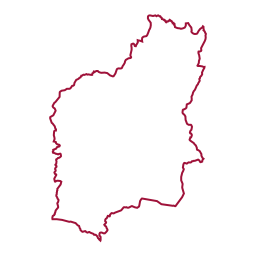 Turiscai, Manufahi, East Timor (Natural Earth projection)
{"feature_id": "22284137B60481947224566", "entity_name": "Turiscai", "entity_type": "district", "adm_level": 2, "iso_a3": "TLS", "parent_name": "East Timor", "parent_adm1": "Manufahi", "projection": "natural_earth1", "projection_center": [125.752, -8.827], "detail": "fine", "context": "isolated", "style": "outline", "palette": "rose", "viewbox_px": 256, "rotation_deg": 0, "n_neighbors": 0, "source": "geoboundaries", "source_scale": "gbopen_adm2", "svg_char_len": 5726}
<svg xmlns="http://www.w3.org/2000/svg" viewBox="0 0 256 256"><path d="M203.5,158.8L202.8,158.3L201.8,156.6L201.4,155.6L201.4,154.1L199.7,151.1L198.2,150.1L197.2,149.8L196.9,149.1L196.8,147.7L195.8,145.4L194.6,144.3L193.8,143.1L190.5,140.8L189.7,140.0L189.6,139.4L190.1,138.4L190.3,137.4L191.0,137.4L191.3,136.9L191.8,135.4L191.8,134.8L191.2,133.6L190.8,133.6L190.3,133.4L190.0,132.9L189.9,132.3L190.5,130.7L191.4,129.8L192.0,126.8L191.4,125.3L190.9,124.8L188.7,124.8L187.3,124.0L186.9,123.4L185.6,119.9L185.4,116.4L184.3,114.7L182.8,113.4L182.5,112.3L182.8,110.0L183.3,109.5L184.0,109.4L185.7,108.5L186.4,107.7L186.8,104.4L189.4,103.3L190.1,102.8L191.7,100.3L191.7,98.5L191.5,96.7L192.6,94.5L193.0,92.7L193.8,91.1L194.7,90.1L195.3,89.0L196.8,85.5L197.9,84.3L198.2,83.3L199.6,81.0L199.7,80.6L199.3,79.0L199.9,78.3L200.2,76.9L201.4,75.7L202.2,74.2L202.0,72.6L203.2,69.9L204.4,67.8L204.5,66.9L203.7,67.0L202.3,66.4L199.9,66.0L197.9,66.0L197.5,65.7L198.6,63.5L198.9,62.4L198.9,61.1L199.7,58.7L199.2,55.3L198.5,53.4L198.4,52.0L198.6,51.5L199.8,51.5L201.0,51.0L201.3,50.5L201.1,48.1L204.8,41.0L205.5,39.1L205.7,37.5L205.5,35.4L205.8,34.5L205.8,33.5L205.2,32.9L204.7,31.4L203.5,30.3L203.8,29.7L203.5,28.5L203.5,26.8L202.9,26.3L202.3,27.4L200.2,28.9L198.7,30.8L197.2,33.5L196.6,33.8L195.1,34.0L194.1,33.9L192.7,33.2L191.6,32.1L191.4,31.4L191.7,30.5L191.3,27.5L191.0,27.1L190.5,26.7L189.9,25.7L189.5,25.4L188.2,23.1L185.8,23.4L185.8,25.5L185.4,26.5L184.7,27.6L182.8,28.4L180.9,28.8L179.9,28.4L177.4,28.1L175.0,27.1L174.6,24.8L174.0,24.7L173.9,24.4L174.2,23.8L173.8,23.7L173.6,23.1L173.1,23.3L172.7,23.3L172.6,22.4L172.0,22.0L171.9,21.5L171.6,21.1L171.3,21.2L170.7,20.6L170.3,20.7L170.1,20.1L169.7,19.8L168.2,21.4L167.1,21.3L166.8,21.9L166.5,22.3L166.1,22.3L165.8,22.0L165.7,21.2L165.0,20.9L164.8,20.1L164.4,19.8L163.9,20.0L163.3,19.4L162.0,19.1L162.0,18.8L161.7,18.5L161.8,18.1L161.7,17.8L160.6,17.0L160.3,16.3L159.7,16.4L158.3,15.4L157.7,15.5L156.5,16.2L155.3,15.4L153.0,16.0L150.1,15.4L149.1,15.5L148.5,15.8L148.0,16.5L147.9,18.3L148.5,19.7L150.7,22.7L150.8,25.3L150.4,27.5L149.8,29.0L149.4,29.4L148.2,32.7L147.2,35.1L146.4,36.1L143.8,36.6L143.1,37.0L142.3,37.7L142.1,38.5L142.0,40.1L142.2,41.5L139.7,40.6L138.9,40.6L137.7,40.2L137.8,42.4L137.0,43.8L136.2,45.0L135.8,46.2L135.4,46.2L134.8,46.0L134.2,44.4L133.7,43.8L133.1,43.6L131.5,44.2L131.3,45.1L131.4,46.8L131.6,47.5L131.6,49.8L130.4,55.1L130.5,55.9L131.1,57.0L131.1,57.4L130.6,58.0L128.5,58.3L125.8,59.9L125.0,61.4L124.8,62.7L123.8,64.5L122.6,66.2L122.0,67.8L121.4,68.3L120.4,68.5L118.5,68.4L117.3,68.8L116.8,69.4L115.4,73.5L113.6,76.2L112.9,76.4L110.1,75.4L107.3,73.1L104.7,72.6L101.4,72.8L100.3,72.6L98.8,72.0L98.2,71.5L97.8,71.0L96.3,71.0L94.5,72.1L93.9,71.5L93.6,71.9L93.5,72.7L93.0,73.1L92.5,73.2L92.3,73.6L92.2,74.8L91.3,74.9L88.3,74.4L87.3,74.6L86.5,74.1L84.4,74.9L83.5,74.7L82.9,75.0L82.1,75.7L81.3,75.7L80.5,77.4L79.4,77.8L78.8,78.6L77.6,79.3L76.3,79.8L74.5,82.8L74.1,85.0L73.3,85.7L72.3,85.8L71.9,86.1L71.2,87.3L70.3,88.4L69.4,88.8L66.9,88.8L64.8,90.2L61.6,90.7L60.1,91.7L59.8,92.1L59.7,92.8L59.6,96.9L55.2,102.3L54.4,102.7L53.0,105.2L52.6,106.1L52.8,106.7L53.3,107.5L54.7,108.5L55.6,110.5L55.5,111.0L53.3,115.3L50.5,116.9L50.2,117.2L50.2,117.9L50.2,118.5L51.7,122.8L52.6,123.5L54.8,126.4L55.2,128.1L56.0,129.4L55.9,130.5L55.1,130.5L54.4,130.9L54.1,131.6L53.8,135.2L54.4,137.4L54.6,139.0L53.7,141.5L55.8,142.0L56.1,143.3L57.4,144.4L59.0,144.7L59.5,145.0L59.8,145.6L59.4,146.4L56.9,147.2L56.2,148.6L53.2,149.8L53.2,150.5L53.4,150.8L53.2,151.5L52.8,151.8L53.0,152.7L54.8,153.2L56.1,153.9L56.7,153.8L58.1,154.4L59.0,153.9L60.3,153.7L60.7,154.1L61.0,156.1L60.4,156.9L59.3,157.7L58.0,158.0L57.1,158.9L56.3,159.3L56.1,160.0L56.5,161.3L56.3,163.2L56.2,163.9L55.4,164.6L55.5,165.2L56.5,166.1L56.5,166.8L55.2,168.3L55.1,169.1L55.7,170.2L55.5,171.1L54.5,172.2L54.4,172.6L55.1,174.0L55.9,174.2L56.3,174.9L54.3,178.6L54.3,179.1L54.9,181.5L55.5,181.6L56.1,181.0L57.6,180.7L60.2,181.0L61.3,181.7L60.6,184.5L57.3,188.9L57.4,190.3L57.0,190.9L57.0,192.0L56.7,192.8L56.8,194.0L56.3,195.1L56.4,196.2L57.2,197.4L57.5,198.6L58.4,199.6L58.5,200.2L58.1,202.0L57.4,203.0L57.3,203.5L58.1,206.3L58.1,207.5L55.8,210.3L55.4,211.3L55.5,211.8L54.9,212.9L54.9,213.9L54.4,214.2L54.2,215.1L53.0,215.8L52.7,216.1L52.3,218.0L52.5,219.2L56.7,219.2L62.1,219.9L69.2,221.8L70.7,221.6L75.6,223.1L77.7,225.3L79.1,226.0L79.7,228.1L80.3,228.9L80.5,230.1L82.1,231.6L82.6,231.8L85.1,231.1L85.5,231.2L86.4,232.2L87.6,232.6L89.0,232.0L89.4,232.0L90.4,232.7L93.5,233.9L94.1,234.8L95.7,234.8L96.8,235.8L97.4,236.6L98.0,238.1L98.7,238.7L99.2,239.5L100.4,240.6L100.6,240.0L100.6,237.1L100.5,236.7L99.4,235.4L99.5,233.7L100.0,232.8L100.5,232.6L101.3,232.5L102.1,232.7L103.5,233.3L104.8,233.3L106.1,232.1L107.2,230.7L107.5,230.1L107.4,229.4L106.7,228.3L106.1,226.5L104.8,225.6L104.3,224.7L105.9,223.0L106.1,222.2L105.2,221.3L105.2,220.0L105.4,219.5L105.8,218.8L106.7,218.3L107.8,215.9L108.2,215.9L109.2,216.4L109.7,216.3L109.9,215.8L110.0,214.8L111.2,213.4L111.6,213.1L113.7,213.4L115.1,212.6L120.8,210.5L121.3,210.2L123.6,207.4L124.1,207.2L125.5,207.4L126.4,207.2L127.3,207.7L128.6,207.7L131.5,206.2L132.0,206.1L134.8,207.3L137.2,207.8L139.0,206.5L139.3,205.5L140.1,201.1L141.0,199.5L142.0,198.5L157.0,201.1L161.4,204.2L172.9,205.8L173.7,205.6L174.8,206.1L175.5,206.1L182.1,197.2L183.9,193.5L182.4,188.4L182.2,187.3L182.6,184.2L182.5,183.5L181.2,180.4L181.2,178.4L181.2,176.9L182.2,172.8L183.2,170.9L183.8,169.1L182.9,167.6L183.4,164.4L183.8,163.6L184.2,163.0L184.6,162.9L186.8,163.6L188.5,162.4L190.6,162.5L191.2,162.2L191.9,161.3L192.9,161.2L193.3,160.9L194.9,160.8L198.1,159.6L199.3,160.4L200.2,162.0L200.7,162.2L202.2,161.6L202.3,160.4L202.6,159.9L203.5,158.8Z" fill="none" stroke="#9f1239" stroke-width="2"/></svg>